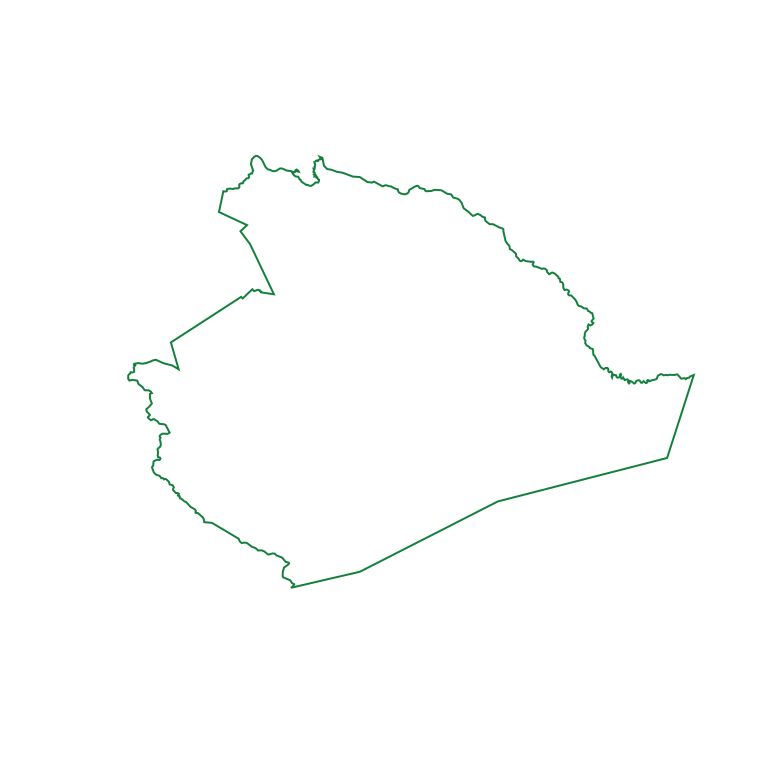 the district of Mosfellsbær, Höfuðborgarsvæði, Iceland, rotated 45°
{"feature_id": "244011B92465939344192", "entity_name": "Mosfellsbær", "entity_type": "district", "adm_level": 2, "iso_a3": "ISL", "parent_name": "Iceland", "parent_adm1": "Höfuðborgarsvæði", "projection": "mercator", "projection_center": [-21.613, 64.146], "detail": "fine", "context": "isolated", "style": "outline", "palette": "green", "viewbox_px": 768, "rotation_deg": 45, "n_neighbors": 0, "source": "geoboundaries", "source_scale": "gbopen_adm2", "svg_char_len": 6165}
<svg xmlns="http://www.w3.org/2000/svg" viewBox="0 0 768 768"><g transform="rotate(45 384 384)"><path d="M201.6,561.6L203.2,558.9L207.2,556.1L210.3,557.6L215.4,556.9L218.9,557.6L219.7,557.3L222.0,554.9L224.4,554.2L226.3,554.6L225.6,555.6L225.5,556.3L228.5,559.6L233.7,562.0L234.0,566.0L233.8,570.0L235.7,571.2L240.2,571.3L240.5,571.9L240.4,573.9L240.5,574.5L241.1,574.7L244.7,574.5L245.1,574.1L245.5,572.3L246.2,571.5L250.0,570.6L253.2,571.0L257.0,568.0L258.6,567.4L266.8,570.0L266.3,572.2L262.6,575.6L262.1,577.2L262.0,579.1L262.6,579.9L264.0,580.0L264.6,581.8L265.0,582.2L266.3,582.5L269.4,585.0L270.0,586.4L270.1,587.1L269.8,589.0L269.9,590.0L270.3,590.6L272.3,591.8L274.6,594.6L276.0,595.5L277.4,594.5L278.6,594.7L279.1,596.2L276.9,598.3L275.9,601.0L276.0,602.0L278.3,604.6L278.6,605.1L278.6,606.5L278.8,606.9L283.3,609.1L285.0,609.4L287.2,609.2L290.3,607.6L293.0,608.1L294.4,606.9L295.9,607.0L296.3,605.9L296.9,605.4L300.9,605.2L303.4,606.5L306.4,605.0L308.5,605.7L309.2,607.5L309.9,608.1L313.8,608.3L315.2,607.0L316.7,606.7L317.1,607.5L317.0,608.4L318.0,608.6L318.6,607.9L320.7,609.1L321.5,608.5L325.9,608.1L327.5,607.4L334.0,607.7L338.7,606.4L340.7,606.7L341.1,607.7L341.9,608.3L343.6,606.9L350.4,606.4L353.1,607.5L354.6,608.8L360.6,603.8L390.8,596.2L393.4,597.3L395.9,597.1L397.2,595.1L399.2,593.4L405.7,592.5L409.2,590.9L412.8,590.7L415.1,588.1L416.4,587.6L417.9,587.0L422.4,586.6L423.3,585.8L425.0,582.6L426.7,581.2L429.2,581.2L434.6,578.8L440.2,579.3L443.0,577.7L443.8,578.1L443.9,580.0L443.1,584.4L445.2,588.2L448.0,591.4L449.4,592.0L456.5,589.1L459.9,589.8L461.8,589.1L462.2,589.2L462.7,591.8L462.3,593.9L499.7,533.8L547.5,386.6L636.5,236.1L596.7,158.6L595.1,162.3L595.3,163.7L593.9,165.9L594.1,166.6L593.9,167.2L592.4,167.4L590.4,170.0L584.8,169.8L583.9,170.6L583.3,171.9L579.1,175.9L578.5,177.2L577.0,178.1L575.7,180.1L573.7,180.6L572.6,181.6L571.9,184.7L573.1,187.3L572.9,188.5L570.5,192.4L569.9,194.2L569.5,194.6L568.3,194.3L567.7,194.8L567.7,195.5L568.7,196.3L569.0,197.4L568.3,198.3L565.5,198.4L565.6,200.8L564.6,201.3L562.5,200.8L561.4,201.2L560.4,203.0L560.3,204.1L561.0,205.2L560.9,206.2L560.6,206.8L558.0,207.0L555.9,207.8L557.0,210.2L556.6,210.5L554.9,209.8L554.2,208.6L553.1,208.5L552.4,209.0L551.5,211.0L548.4,210.3L548.8,211.5L547.9,212.3L546.3,211.8L545.6,210.9L545.1,209.8L544.3,209.5L544.2,210.6L545.5,212.1L545.5,213.1L544.9,214.2L544.3,214.5L543.3,214.5L542.0,213.7L539.8,215.1L539.6,216.2L540.7,218.1L539.6,217.7L538.0,215.1L537.2,214.6L535.5,214.8L535.1,216.3L534.5,216.4L533.7,216.4L531.7,214.7L530.7,214.7L529.3,216.1L529.0,218.2L525.4,218.9L512.7,215.1L511.4,215.3L507.7,212.1L506.7,211.7L504.1,213.1L502.9,212.6L500.5,213.4L497.5,212.9L495.7,210.8L494.2,210.6L492.6,209.6L492.2,208.4L490.3,206.3L489.5,204.4L489.5,201.4L489.2,200.6L487.4,199.4L486.6,197.2L488.5,196.8L489.2,194.6L488.9,192.8L486.8,193.2L486.2,192.5L485.9,189.5L481.2,186.7L479.9,187.4L478.5,187.3L476.7,188.0L474.1,187.3L471.7,189.2L469.0,189.6L466.7,190.9L465.3,191.1L461.8,189.6L459.3,189.1L453.9,189.0L452.2,190.4L450.9,190.4L449.9,189.4L449.8,188.4L449.5,187.9L448.6,187.3L446.3,188.1L445.2,189.9L442.6,189.0L440.2,186.8L438.8,186.2L437.9,186.2L436.5,187.1L434.0,185.3L432.7,185.7L431.2,184.9L426.5,185.2L424.3,186.1L423.7,187.0L423.5,188.9L423.2,189.5L420.0,189.4L418.7,188.4L416.7,188.6L415.3,189.2L414.3,190.9L408.8,193.3L406.7,194.9L404.8,194.5L403.7,192.1L402.8,192.1L401.7,193.5L397.2,197.0L394.5,197.6L394.4,197.8L394.5,199.3L394.0,200.4L392.5,200.8L390.4,200.2L387.3,200.3L385.2,198.6L379.6,198.9L377.5,199.6L375.1,197.7L371.3,197.5L368.6,196.8L360.6,191.7L358.9,190.1L358.0,190.2L354.4,191.9L348.1,193.9L345.7,196.3L340.7,196.9L339.0,196.2L337.7,194.9L334.9,196.3L333.3,196.2L331.0,197.0L329.8,197.6L328.7,201.1L327.8,202.4L322.3,202.5L316.0,203.4L310.7,201.0L307.1,200.5L304.9,201.0L301.2,203.2L297.6,202.4L294.3,204.7L287.5,206.5L282.4,211.0L281.0,214.0L277.7,217.7L276.4,218.1L274.7,217.6L270.7,220.2L268.3,219.8L267.1,220.5L266.1,223.0L265.1,227.2L264.6,228.7L265.9,231.4L265.6,233.3L264.8,235.0L261.5,237.3L259.2,238.0L256.9,237.3L256.2,236.6L252.5,238.5L249.5,239.1L248.0,240.4L244.9,242.0L244.1,243.1L243.6,244.8L243.0,245.3L234.2,247.9L233.7,248.2L233.2,249.9L232.7,250.4L229.5,252.9L220.5,254.8L215.4,259.3L205.3,263.9L200.9,267.1L195.0,269.9L191.8,272.2L187.2,272.1L180.6,267.7L177.9,268.8L178.7,269.0L180.4,268.3L181.2,268.8L179.4,271.0L179.3,271.8L179.7,272.7L179.3,273.5L178.6,273.3L178.0,274.5L178.1,275.5L177.8,276.4L180.2,277.5L181.2,278.7L181.2,279.5L182.2,280.0L182.5,280.7L182.3,281.0L182.5,281.1L182.0,281.5L182.9,281.8L183.0,282.4L183.6,282.7L183.9,283.7L184.6,284.2L185.5,283.6L186.6,284.3L186.5,284.7L186.9,285.1L186.7,285.4L187.4,285.4L187.9,286.2L188.3,285.1L188.8,285.6L189.2,284.9L190.0,285.2L189.8,285.7L190.3,285.9L190.8,285.1L192.5,285.9L193.6,285.5L194.5,286.5L195.0,288.1L193.0,290.1L193.0,292.7L192.4,295.4L190.8,296.7L189.2,297.1L188.3,298.2L182.5,299.3L180.8,298.6L179.6,299.0L176.8,298.1L174.6,299.8L172.2,300.0L168.8,299.3L170.7,298.0L171.1,297.2L171.0,295.7L173.7,294.2L172.7,293.8L170.5,294.2L170.2,295.3L170.8,296.8L170.2,298.1L167.3,299.5L164.4,301.8L159.7,303.6L158.1,305.0L157.1,309.2L155.9,311.3L154.1,312.5L151.7,313.2L150.2,314.4L146.9,314.4L139.6,311.9L136.9,311.6L133.3,312.3L132.1,313.3L131.5,315.9L131.7,316.6L131.7,318.6L134.6,322.7L140.5,325.6L140.5,326.1L141.0,326.6L141.8,328.5L141.1,329.0L140.9,330.5L140.5,331.1L140.4,331.9L142.3,333.1L142.6,334.2L141.4,335.9L141.6,337.9L141.3,339.9L142.2,341.5L142.2,342.0L141.1,343.0L140.5,344.9L141.0,345.8L142.5,347.0L142.7,348.5L140.1,351.3L139.3,353.0L137.2,354.4L135.7,356.4L135.2,357.3L136.3,358.4L136.0,359.9L134.1,361.3L145.7,379.1L174.8,368.5L174.5,377.5L190.4,379.8L242.7,398.4L232.3,406.1L231.7,405.5L230.6,406.3L229.8,405.6L228.1,406.7L226.5,410.2L223.9,410.1L223.6,423.4L221.4,423.4L203.9,505.3L228.4,518.8L221.3,520.6L213.0,525.4L205.5,528.2L203.6,531.3L203.0,533.4L201.9,535.2L201.1,537.4L198.6,540.7L195.4,543.0L193.2,546.2L193.2,546.9L193.5,547.4L194.9,546.8L195.5,549.6L196.8,550.1L198.7,552.0L198.1,553.6L196.5,554.9L197.1,556.3L196.9,557.3L197.1,558.8L199.4,561.2L201.6,561.6Z" fill="none" stroke="#15803d" stroke-width="2"/></g></svg>